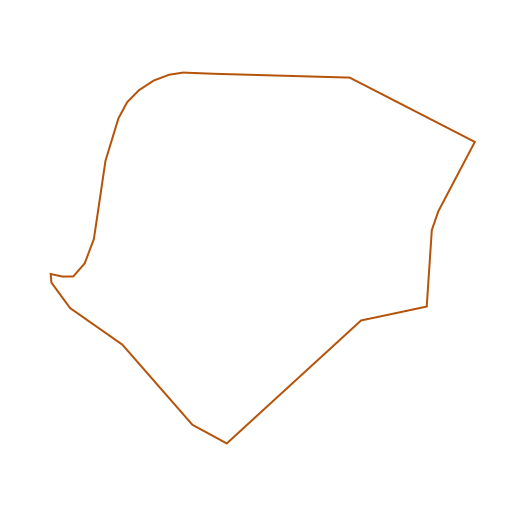 Prebold, Natural Earth projection, rotated 188°
{"feature_id": "SVN-243", "entity_name": "Prebold", "entity_type": "Municipality", "adm_level": 1, "iso_a3": "SVN", "parent_name": "Slovenia", "parent_adm1": "", "projection": "natural_earth1", "projection_center": [15.109, 46.221], "detail": "fine", "context": "isolated", "style": "outline", "palette": "amber", "viewbox_px": 512, "rotation_deg": 188, "n_neighbors": 0, "source": "natural_earth", "source_scale": "10m", "svg_char_len": 459}
<svg xmlns="http://www.w3.org/2000/svg" viewBox="0 0 512 512"><g transform="rotate(188 256 256)"><path d="M258.9,66.3L295.5,80.0L376.0,149.6L432.8,178.5L454.9,201.2L456.8,209.6L444.8,208.7L434.1,210.3L424.6,224.9L418.9,250.2L418.3,329.4L411.4,373.1L405.0,390.4L394.9,404.0L381.7,415.5L367.1,423.5L353.6,427.5L323.9,430.5L188.1,445.7L55.2,399.4L81.7,325.6L85.5,306.1L79.9,229.7L143.0,206.8L258.9,66.3Z" fill="none" stroke="#b45309" stroke-width="2"/></g></svg>